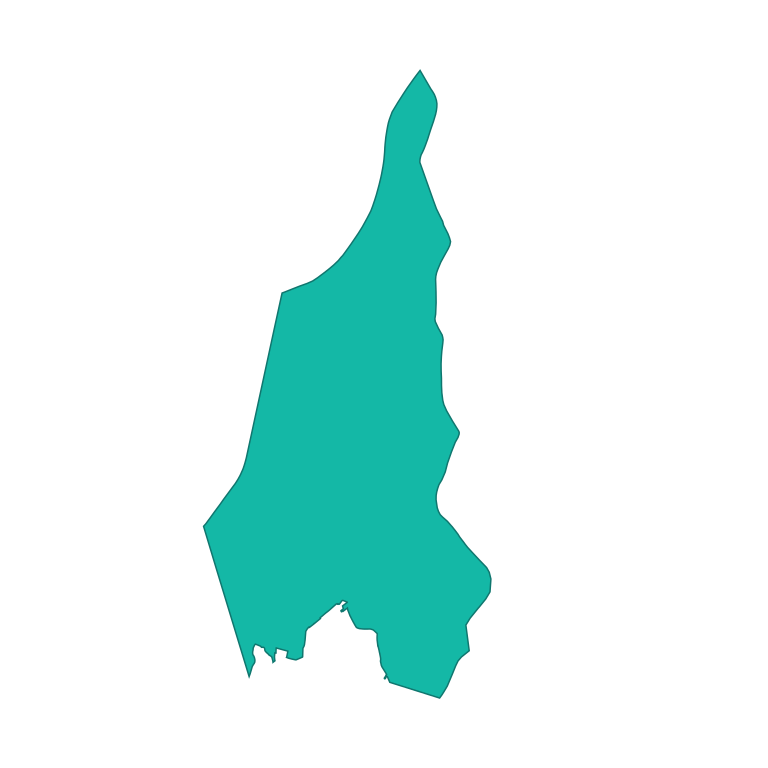 Nissewaard, Zuid-Holland, Netherlands (Natural Earth projection), rotated 282°
{"feature_id": "6326949B99166140133178", "entity_name": "Nissewaard", "entity_type": "district", "adm_level": 2, "iso_a3": "NLD", "parent_name": "Netherlands", "parent_adm1": "Zuid-Holland", "projection": "natural_earth1", "projection_center": [4.253, 51.828], "detail": "fine", "context": "isolated", "style": "filled", "palette": "teal", "viewbox_px": 768, "rotation_deg": 282, "n_neighbors": 0, "source": "geoboundaries", "source_scale": "gbopen_adm2", "svg_char_len": 5863}
<svg xmlns="http://www.w3.org/2000/svg" viewBox="0 0 768 768"><g transform="rotate(282 384 384)"><path d="M69.8,312.9L72.6,313.3L77.8,313.7L79.6,313.8L80.0,313.9L80.7,314.0L81.9,314.4L84.0,315.2L84.6,315.3L84.8,315.4L85.4,315.4L86.1,315.3L86.7,315.2L87.2,315.1L88.0,314.8L89.3,314.2L90.4,313.5L90.8,313.2L91.7,312.3L92.0,312.1L92.4,311.8L92.7,311.7L93.4,311.5L93.8,311.4L94.1,311.3L94.4,311.3L94.9,311.2L95.7,311.2L96.8,311.2L98.0,311.0L98.4,311.0L98.7,311.0L99.4,311.1L100.1,311.3L101.3,311.6L101.7,311.7L102.4,312.0L102.8,312.3L102.5,314.4L102.0,317.1L101.8,317.9L101.6,318.2L101.5,318.3L101.1,318.7L101.0,318.9L101.0,319.3L101.2,319.9L101.4,320.7L101.4,321.1L101.2,321.5L101.0,321.8L100.7,322.0L100.1,322.4L99.5,322.6L98.7,322.9L98.5,323.0L98.0,323.4L97.6,324.0L96.9,324.8L96.6,325.4L96.4,325.9L96.1,326.4L95.2,327.6L94.8,328.3L94.7,328.8L94.3,329.9L93.9,330.5L93.8,330.8L92.9,331.4L92.3,331.7L91.5,332.1L90.7,332.5L89.1,333.2L88.7,333.3L90.6,334.9L91.5,334.5L92.4,334.2L93.7,333.8L94.0,333.7L94.5,333.6L98.2,333.1L98.3,333.6L98.5,333.8L98.4,333.9L98.3,334.1L98.4,334.3L99.1,334.1L101.9,333.6L103.4,333.5L102.7,345.5L96.6,345.6L96.3,345.5L96.0,347.2L95.9,348.3L95.9,349.1L95.8,350.5L95.8,354.7L95.9,355.2L95.9,355.3L96.9,356.8L98.6,359.2L99.9,361.0L100.2,360.9L100.5,361.1L108.3,359.7L108.8,359.7L111.1,360.3L111.5,360.3L112.4,360.4L116.2,360.1L116.6,360.1L125.2,359.0L125.4,358.9L125.7,358.9L128.1,359.7L129.6,360.4L130.7,361.1L130.8,361.3L130.5,361.5L130.8,361.8L130.7,361.9L135.2,365.7L135.3,365.6L135.4,365.8L136.1,366.4L140.0,369.5L140.9,370.2L141.4,370.6L141.9,370.1L142.4,370.4L143.8,371.5L145.8,373.0L148.0,374.7L149.6,376.1L150.7,377.0L151.5,377.6L152.7,378.5L157.2,381.8L158.4,382.7L158.7,382.9L159.0,383.3L159.2,383.6L159.4,383.9L159.4,384.1L159.3,384.3L159.0,384.4L159.1,384.6L159.4,385.2L159.2,385.3L159.1,385.5L159.2,385.8L159.3,386.0L159.6,386.2L159.7,386.3L163.2,387.9L163.4,388.1L163.6,388.2L163.7,388.4L163.7,388.6L163.8,389.0L163.7,389.5L163.1,392.8L163.0,393.3L162.7,393.4L158.3,389.6L156.9,390.3L155.8,391.0L153.3,389.0L153.1,389.1L152.8,389.3L152.4,389.7L152.6,389.9L153.2,390.2L153.8,390.7L153.1,391.2L157.3,394.8L156.5,395.1L155.2,395.7L154.7,396.0L153.7,396.7L150.0,399.1L149.5,399.6L148.2,400.6L144.3,403.8L143.8,404.3L143.4,404.7L142.9,405.0L141.1,406.7L140.5,407.2L140.2,407.7L140.1,407.9L139.9,408.4L139.8,408.6L139.8,408.8L139.8,409.1L139.7,410.0L139.6,410.4L139.6,410.8L139.7,411.6L139.8,412.6L140.0,414.4L140.2,415.6L140.8,418.4L141.1,419.7L141.4,421.0L141.5,421.3L141.5,421.6L141.5,421.8L141.4,423.2L141.4,423.5L141.3,423.8L141.3,424.2L141.2,424.5L141.1,424.8L141.0,425.1L140.8,425.4L139.7,427.3L139.2,428.0L138.8,428.7L138.6,429.1L138.3,429.3L134.7,429.9L133.4,430.2L132.7,430.4L132.1,430.5L131.6,430.7L128.1,431.9L126.9,432.3L127.0,432.4L124.8,433.4L124.5,433.6L124.0,433.8L123.4,434.1L121.9,434.8L121.1,435.1L119.8,435.7L119.0,436.1L118.1,436.4L117.6,436.7L116.3,437.2L115.6,437.5L114.4,437.9L113.3,438.1L112.6,438.1L112.1,438.2L111.8,438.3L111.3,438.5L110.3,439.0L110.0,439.1L108.2,439.9L107.9,440.1L107.4,440.5L106.7,441.0L100.7,446.8L100.5,446.7L100.4,446.9L98.0,446.1L97.4,445.9L97.2,445.8L97.0,446.2L96.9,446.0L96.8,445.9L96.6,445.6L96.4,445.5L96.2,445.5L95.9,445.7L95.8,445.8L95.9,446.3L96.1,446.5L96.5,446.6L96.9,446.7L97.6,446.8L98.3,447.1L98.7,447.3L98.5,448.1L93.4,451.7L93.0,455.7L88.4,503.7L92.0,505.3L95.5,506.6L101.7,508.7L114.7,511.2L123.2,512.7L128.5,514.0L133.1,516.5L140.8,522.8L165.2,514.2L172.8,516.9L184.6,522.9L185.6,523.5L194.8,528.2L202.7,530.9L212.8,529.5L215.5,529.1L221.7,526.1L225.8,522.5L231.4,514.2L237.9,504.9L239.2,503.1L241.6,499.7L244.1,496.7L245.3,495.4L248.2,492.0L250.1,489.8L252.5,487.5L255.1,484.5L258.6,480.3L259.3,479.3L262.9,474.5L266.1,468.8L267.9,466.1L270.8,463.7L274.0,461.8L281.6,459.0L285.7,458.2L289.2,458.0L293.1,458.2L297.0,458.7L302.2,460.5L310.7,462.2L320.0,462.6L331.6,464.1L341.8,465.8L347.2,467.5L349.0,467.7L350.7,467.9L352.3,467.6L353.3,467.0L362.2,458.5L370.8,450.8L376.3,446.8L380.2,444.9L387.4,442.4L394.3,440.6L401.6,439.0L408.5,437.2L415.7,435.6L423.0,434.4L428.4,433.7L436.3,433.0L439.5,432.6L441.7,431.8L444.0,430.7L449.7,425.7L453.3,423.0L455.7,421.2L458.4,420.2L463.0,420.0L474.2,418.1L484.5,415.8L492.7,413.8L497.1,412.7L500.1,412.3L503.8,412.3L507.5,412.8L514.9,414.2L522.3,416.4L529.7,418.7L533.4,419.5L537.1,419.5L540.7,417.6L544.4,415.2L551.7,409.3L555.3,407.5L559.0,404.5L566.2,398.9L573.5,394.3L608.4,372.9L609.9,372.7L611.2,372.5L613.5,372.5L614.0,372.5L616.0,372.7L618.5,373.4L622.1,374.2L625.7,374.8L629.3,375.3L632.9,375.8L640.3,376.5L643.9,376.9L651.2,377.8L654.9,378.1L658.5,378.4L662.3,378.4L665.8,378.1L669.1,377.5L672.3,376.3L675.2,374.7L677.7,373.0L680.2,370.7L682.4,368.4L698.2,354.1L694.9,352.5L691.7,351.0L688.6,349.6L678.9,345.4L675.6,344.1L672.3,342.8L662.2,339.0L654.4,336.3L651.7,335.4L648.2,334.9L644.1,334.3L640.4,334.0L636.7,334.0L633.1,334.1L629.1,334.3L625.6,334.5L621.9,334.9L618.3,335.3L615.4,335.7L611.0,336.4L603.7,337.3L599.9,337.6L596.3,337.8L592.6,337.9L588.9,338.0L585.3,338.0L581.6,337.9L577.9,337.8L574.1,337.6L567.4,337.2L563.1,336.8L561.9,336.7L560.4,336.5L555.9,336.0L550.7,335.2L546.9,334.2L542.9,333.1L533.3,330.2L526.4,327.7L521.2,325.6L513.9,322.6L507.7,319.9L501.0,316.9L499.1,315.7L495.1,313.6L489.7,309.9L484.2,305.6L479.0,301.2L477.1,299.5L474.4,297.2L469.9,292.8L466.3,287.8L465.2,286.0L462.9,282.3L462.5,281.6L461.7,280.4L458.8,276.0L453.0,267.3L451.8,265.4L416.6,265.2L283.0,264.7L281.1,264.6L279.0,264.5L277.5,264.4L275.2,264.2L273.6,264.0L272.5,263.9L270.2,263.5L268.0,263.0L266.0,262.6L264.9,262.3L263.7,262.0L262.5,261.6L261.4,261.3L260.2,260.9L259.1,260.5L258.0,260.1L256.9,259.7L255.4,259.1L254.3,258.6L252.6,257.8L238.1,251.2L232.0,248.6L223.7,244.8L216.0,241.4L213.4,240.2L211.1,239.2L209.9,238.6L207.3,237.1L170.3,257.4L69.8,312.9Z" fill="#14b8a6" stroke="#0f766e" stroke-width="1.5"/></g></svg>